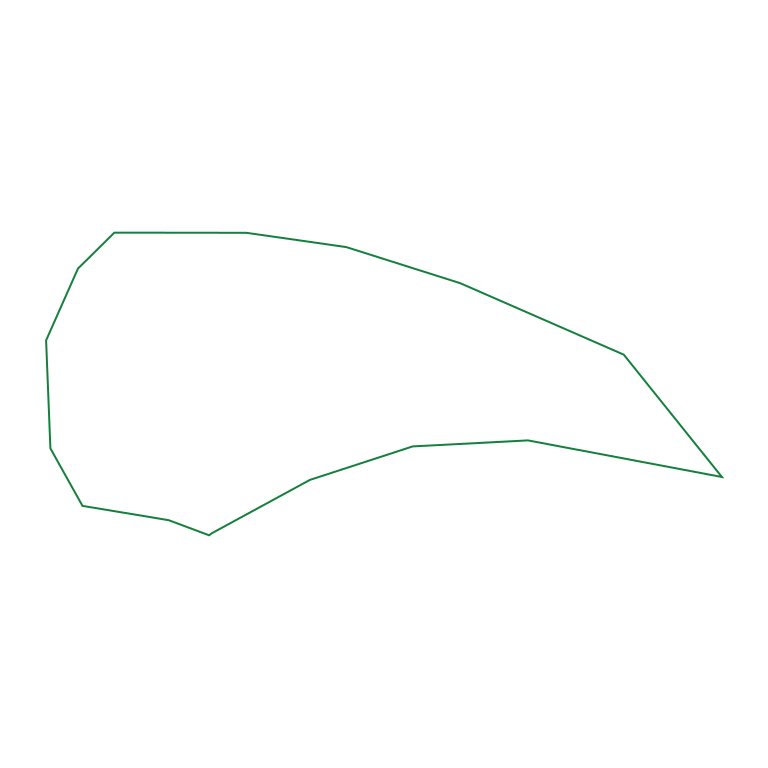 SVG path tracing the border of Bournemouth
{"feature_id": "GBR-2050", "entity_name": "Bournemouth", "entity_type": "Unitary Authority", "adm_level": 1, "iso_a3": "GBR", "parent_name": "United Kingdom", "parent_adm1": "", "projection": "albers", "projection_center": [-1.88, 50.735], "detail": "fine", "context": "isolated", "style": "outline", "palette": "green", "viewbox_px": 768, "rotation_deg": 0, "n_neighbors": 0, "source": "natural_earth", "source_scale": "10m", "svg_char_len": 350}
<svg xmlns="http://www.w3.org/2000/svg" viewBox="0 0 768 768"><path d="M721.9,477.0L527.9,440.4L412.7,446.4L309.9,479.9L211.9,533.2L209.1,535.3L168.7,520.2L82.5,505.9L50.4,448.4L46.1,340.4L78.0,268.5L87.9,258.8L114.3,232.7L164.4,232.7L246.2,232.8L346.3,247.1L460.2,283.2L623.8,354.7L721.9,477.0Z" fill="none" stroke="#15803d" stroke-width="2"/></svg>